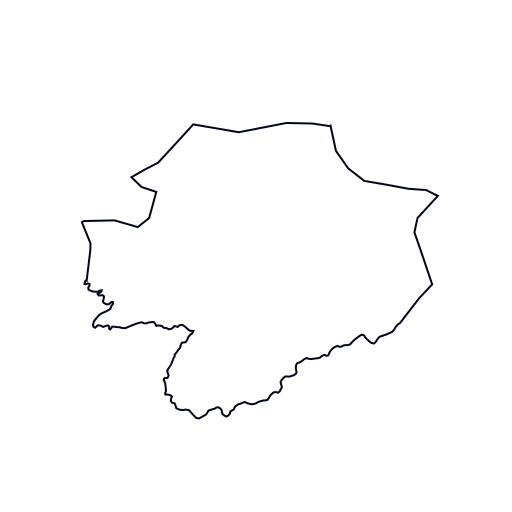 outline of Baghramyan, Armavir, Armenia, rotated 312°
{"feature_id": "60910142B80677227285928", "entity_name": "Baghramyan", "entity_type": "district", "adm_level": 2, "iso_a3": "ARM", "parent_name": "Armenia", "parent_adm1": "Armavir", "projection": "robinson", "projection_center": [43.725, 40.166], "detail": "fine", "context": "isolated", "style": "outline", "palette": "ink", "viewbox_px": 512, "rotation_deg": 312, "n_neighbors": 0, "source": "geoboundaries", "source_scale": "gbopen_adm2", "svg_char_len": 3801}
<svg xmlns="http://www.w3.org/2000/svg" viewBox="0 0 512 512"><g transform="rotate(312 256 256)"><path d="M123.8,145.9L122.3,146.2L120.5,147.3L121.3,148.5L122.7,149.2L123.1,149.3L123.8,150.8L123.0,151.9L122.0,152.1L120.2,152.5L119.0,154.1L119.4,156.0L120.4,158.4L120.4,158.5L122.4,161.0L123.8,162.5L125.6,162.9L127.2,164.2L125.8,165.0L124.0,164.4L121.8,163.7L121.4,165.4L122.5,166.6L123.8,167.8L124.2,168.2L124.3,170.1L123.6,170.5L122.2,171.5L119.6,172.7L119.4,174.9L120.1,177.1L120.6,177.7L121.5,178.8L123.4,179.2L125.6,179.6L126.0,180.8L124.7,181.8L122.5,181.9L119.3,183.0L118.9,183.1L115.1,181.9L109.5,179.4L106.6,178.9L100.8,179.1L98.7,179.4L95.9,180.8L94.7,182.5L95.0,184.4L96.1,184.6L98.2,184.6L99.3,185.5L99.5,185.9L100.0,186.6L100.6,188.2L101.1,190.0L102.9,190.8L105.5,192.5L105.4,194.1L103.7,195.5L103.8,196.7L106.0,196.7L107.3,196.4L108.5,197.8L109.9,200.0L111.8,202.3L113.1,205.0L115.2,207.3L119.3,209.2L125.4,212.2L128.9,214.3L130.7,216.1L131.1,218.0L132.8,219.7L135.0,220.8L136.3,222.2L137.3,222.8L138.5,224.1L138.4,225.5L138.1,226.6L137.3,228.7L138.9,229.7L140.2,231.6L141.1,232.9L140.9,233.9L140.9,235.5L142.5,237.5L143.1,240.1L145.1,241.8L147.8,242.3L149.4,242.2L150.3,243.9L150.9,245.3L153.0,245.4L154.4,246.2L155.5,247.4L156.0,249.8L156.0,255.1L156.4,257.3L157.4,258.4L158.4,259.6L157.3,260.0L155.5,260.3L154.7,260.1L152.8,259.8L151.3,259.8L148.7,260.5L147.5,261.1L144.8,261.3L142.0,259.0L140.4,259.3L138.6,260.1L136.8,261.0L134.1,261.1L131.7,261.4L128.2,261.6L126.6,262.9L125.3,262.9L122.8,263.9L120.2,264.9L117.9,265.7L116.1,265.9L114.0,266.2L111.6,266.7L110.6,267.6L109.5,269.9L108.5,271.1L106.6,271.8L105.5,271.4L104.7,270.1L103.8,269.7L102.1,270.3L101.4,272.3L100.3,274.1L98.4,276.3L95.8,279.2L92.9,280.5L92.4,281.5L93.7,282.7L94.7,284.4L94.8,284.7L95.2,285.7L95.4,287.5L93.5,288.2L91.8,289.2L91.0,290.7L90.9,290.9L90.9,291.0L90.9,292.0L92.0,293.9L91.4,295.7L89.7,298.2L89.9,299.7L90.6,302.0L92.7,304.9L94.5,306.2L96.6,309.3L96.2,312.9L96.0,315.2L95.8,316.4L95.7,320.1L97.4,322.5L98.3,322.8L101.6,323.9L104.6,324.9L106.9,324.7L109.3,324.1L110.8,324.9L113.2,326.4L115.2,327.6L116.8,327.9L118.3,329.1L118.8,331.6L118.5,333.4L117.4,335.0L116.1,336.8L116.3,339.4L116.9,341.5L119.2,342.2L121.4,342.0L123.3,341.0L124.9,341.4L127.0,342.2L129.1,341.4L130.4,341.2L132.3,341.7L134.1,342.1L135.9,343.4L137.9,344.1L140.0,345.4L140.7,347.9L142.5,351.4L144.2,353.1L146.5,354.6L149.4,355.5L151.9,357.1L154.1,358.5L154.9,359.6L156.8,360.8L159.1,360.5L162.3,359.9L166.0,360.2L167.9,361.4L169.2,363.9L171.7,364.2L173.4,363.5L175.3,363.3L176.3,362.5L177.2,360.8L178.9,358.5L181.2,358.0L184.0,358.0L185.9,358.3L187.2,359.6L188.7,361.5L191.0,362.9L193.0,364.0L195.3,364.4L196.6,364.0L197.6,362.9L199.0,360.9L200.6,359.6L202.2,358.6L204.2,358.4L206.1,359.6L209.1,360.5L211.4,360.8L212.9,361.4L214.2,362.1L214.8,363.9L216.1,365.7L218.1,367.5L220.0,369.0L221.7,370.6L223.3,371.5L225.8,371.9L227.4,372.4L228.5,373.2L228.9,375.0L230.0,376.0L231.3,376.0L233.3,375.2L235.3,374.9L237.7,374.8L240.9,375.4L243.5,376.5L244.3,378.6L245.3,379.8L247.9,380.8L249.7,382.2L251.3,383.9L253.0,385.0L257.9,385.1L260.7,385.4L265.2,386.3L268.3,387.2L269.3,389.3L268.8,390.8L268.4,393.6L268.4,397.0L268.6,400.0L270.1,402.4L273.3,402.3L276.5,401.8L278.8,401.9L280.9,403.1L285.0,405.4L287.9,406.7L290.6,407.9L293.6,408.0L296.7,407.3L297.5,407.3L300.1,407.2L302.3,407.9L333.6,405.5L352.8,405.9L369.0,377.1L379.6,357.9L392.3,350.6L422.3,350.9L418.9,338.4L407.9,324.2L398.1,308.2L384.3,286.3L382.8,266.0L387.6,245.1L402.7,224.2L402.0,224.1L392.2,209.3L375.2,189.6L336.4,160.3L311.8,121.3L293.6,121.2L259.8,120.8L245.3,115.3L231.2,110.7L230.7,124.8L236.9,139.0L212.7,151.2L198.4,148.8L187.7,126.9L166.7,104.6L164.6,104.0L154.6,124.6L149.7,128.8L124.3,146.7L123.8,145.9Z" fill="none" stroke="#020617" stroke-width="2"/></g></svg>